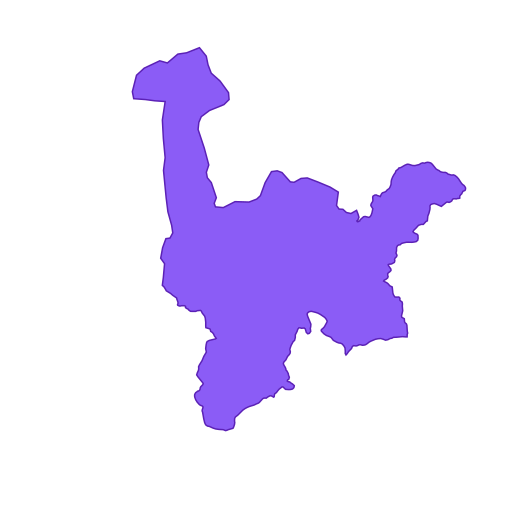 the district of Noyemberyan, Tavush, Armenia, rotated 110°
{"feature_id": "60910142B91893533127348", "entity_name": "Noyemberyan", "entity_type": "district", "adm_level": 2, "iso_a3": "ARM", "parent_name": "Armenia", "parent_adm1": "Tavush", "projection": "natural_earth1", "projection_center": [44.992, 41.129], "detail": "fine", "context": "isolated", "style": "filled", "palette": "violet", "viewbox_px": 512, "rotation_deg": 110, "n_neighbors": 0, "source": "geoboundaries", "source_scale": "gbopen_adm2", "svg_char_len": 6120}
<svg xmlns="http://www.w3.org/2000/svg" viewBox="0 0 512 512"><g transform="rotate(110 256 256)"><path d="M150.0,424.7L146.8,413.4L144.8,404.3L141.9,394.2L160.2,390.5L177.4,383.2L194.7,375.0L207.2,372.2L232.1,360.3L244.6,353.9L256.1,345.7L262.8,342.1L268.6,343.0L270.5,346.6L280.1,346.6L290.7,344.8L294.5,339.3L308.0,335.7L315.6,334.0L316.6,331.7L318.3,329.6L319.4,328.4L320.4,323.4L321.4,320.8L322.6,316.2L323.4,315.8L325.9,313.7L327.0,313.1L328.5,313.1L329.0,312.8L329.2,311.7L329.1,310.4L328.1,308.8L327.2,306.3L327.4,305.0L328.6,304.6L329.0,303.4L329.1,301.8L329.7,300.9L330.4,298.6L328.7,293.8L327.5,292.5L326.1,289.5L326.3,288.8L328.1,286.9L330.0,283.8L331.6,282.5L335.4,280.6L339.0,279.3L340.5,278.6L340.3,274.5L340.7,273.9L342.3,272.8L342.8,270.8L343.8,269.2L345.4,267.7L347.0,265.2L347.8,265.8L351.3,271.0L353.0,272.6L354.1,272.8L356.5,272.5L360.3,271.6L363.3,269.8L368.1,270.7L372.8,270.9L377.5,271.9L379.6,272.1L381.8,271.2L383.4,271.0L385.9,271.2L388.0,271.1L389.5,269.1L393.2,262.9L393.9,262.0L395.1,262.0L397.8,263.2L398.9,263.3L400.4,263.0L401.4,263.1L402.6,263.8L403.0,264.7L404.1,265.2L405.0,265.9L406.5,266.2L407.4,266.2L408.6,265.8L409.8,265.1L411.8,263.4L412.2,262.8L413.3,261.5L414.8,258.8L415.3,257.3L415.3,255.5L415.6,254.5L416.6,254.0L419.2,253.9L420.1,253.6L421.0,252.8L426.9,249.4L430.2,247.2L431.6,245.8L432.1,244.9L432.4,243.3L432.1,241.6L432.4,237.4L432.3,234.7L431.6,231.4L430.4,227.4L430.5,224.9L429.7,223.7L428.7,222.7L425.8,218.7L424.2,218.5L421.6,218.6L419.7,219.0L418.5,219.7L416.0,220.5L414.3,220.3L411.8,218.7L405.4,215.7L403.2,214.2L401.4,212.6L399.7,210.8L396.6,206.7L395.0,205.2L393.6,203.6L392.5,202.8L388.3,201.1L387.3,200.5L386.8,199.8L386.4,199.0L386.1,197.8L384.3,196.6L382.6,195.1L382.2,193.7L382.6,191.1L382.0,190.8L380.3,191.2L378.9,191.2L377.4,190.1L375.3,189.5L373.2,188.7L370.0,186.7L369.9,185.5L370.6,184.1L371.2,182.6L370.3,179.4L369.5,177.6L368.5,176.2L367.1,175.5L366.1,175.4L364.7,175.7L363.7,178.1L363.4,179.7L362.8,181.3L363.1,182.7L362.8,183.9L361.6,183.9L360.5,183.0L358.5,183.2L357.0,184.6L355.4,185.5L353.5,187.6L352.8,188.9L351.5,189.6L350.3,190.8L349.4,192.0L348.2,193.2L347.4,193.6L346.0,193.5L343.4,192.4L339.6,192.0L337.2,191.0L335.7,190.7L334.2,191.0L332.2,192.3L330.3,192.4L327.8,192.4L323.8,191.8L322.1,190.9L319.1,191.2L316.6,192.1L312.7,191.6L310.6,191.7L308.8,191.1L308.4,190.0L308.4,188.7L307.2,186.1L307.6,184.8L310.6,182.6L311.4,180.7L310.4,179.4L308.1,178.8L305.5,180.2L303.8,180.4L301.3,181.1L294.9,186.9L293.1,188.1L292.0,188.1L290.5,187.3L289.7,186.3L289.0,184.9L288.6,180.9L288.5,178.3L288.9,175.5L290.2,170.4L291.1,168.8L292.8,166.8L294.4,166.8L299.1,167.5L301.0,168.3L302.5,169.2L303.4,169.4L304.3,168.8L305.9,165.5L306.6,162.7L306.6,159.3L306.8,157.7L307.7,156.2L308.8,154.5L309.4,150.5L309.4,148.3L309.0,146.8L309.2,144.8L310.7,142.3L312.0,140.9L314.8,139.6L317.1,138.8L318.2,137.6L316.8,137.0L314.1,136.3L310.3,134.6L308.2,134.5L306.9,133.7L306.3,131.2L305.5,130.0L304.3,128.9L303.6,127.4L303.5,125.5L302.8,124.0L301.9,122.7L300.3,121.5L298.3,120.3L296.8,119.0L293.4,115.3L292.0,113.0L290.9,110.6L290.7,107.7L290.8,105.5L289.5,103.4L287.7,101.8L286.8,100.2L285.4,99.0L284.4,96.5L281.7,90.8L280.8,87.6L280.3,86.3L278.0,87.1L276.6,87.1L275.0,88.1L269.5,90.5L268.3,91.5L267.8,93.0L267.0,93.9L264.2,95.2L263.7,98.1L262.5,98.8L257.3,99.4L253.0,101.4L250.9,102.0L249.3,102.9L248.7,104.9L248.2,105.8L246.4,106.3L245.7,107.7L246.7,110.3L247.0,111.5L246.3,112.5L245.3,113.7L244.0,114.7L238.5,117.4L238.2,120.1L236.9,122.4L236.4,123.9L236.2,125.8L235.9,127.5L234.9,127.3L233.6,126.0L231.6,124.8L230.2,124.8L229.1,125.6L227.6,126.2L226.6,125.9L225.1,124.9L223.5,124.2L222.1,124.8L219.7,128.3L218.8,128.8L218.0,127.9L217.5,126.5L216.9,125.7L214.7,123.8L213.0,123.9L211.9,124.6L210.5,124.6L208.6,123.7L207.3,123.7L206.4,124.4L205.4,125.5L203.2,125.7L200.0,126.8L198.0,126.6L196.8,125.7L196.2,124.4L194.4,123.5L193.1,121.7L191.5,119.1L190.6,116.5L189.8,114.2L188.8,112.2L187.7,110.4L185.9,109.4L184.0,109.7L181.1,110.9L180.4,112.2L180.3,114.4L179.9,116.2L179.4,116.8L177.8,116.5L175.1,115.2L171.6,113.8L169.8,111.6L169.1,109.6L165.3,108.0L164.4,107.0L159.7,108.2L156.7,108.1L152.9,108.5L151.0,109.0L149.5,109.7L147.9,109.4L146.7,108.0L145.7,106.4L145.6,103.8L146.0,98.8L140.3,95.4L139.8,94.5L139.6,92.9L138.6,91.8L137.3,90.9L135.5,90.7L134.6,89.8L133.7,87.0L133.0,86.3L132.5,85.0L131.9,84.3L130.7,84.8L129.8,85.0L127.9,84.4L127.4,84.0L124.5,83.7L123.0,82.1L122.3,81.9L121.0,82.1L119.9,82.7L118.6,84.6L118.1,86.4L117.3,87.9L114.2,92.1L113.1,94.1L112.3,96.4L112.2,98.1L113.0,99.7L113.2,100.9L113.2,102.4L113.5,103.3L113.0,104.2L112.7,105.7L112.7,106.9L113.1,107.7L113.5,109.1L113.7,110.9L113.6,112.0L113.1,113.2L113.0,114.8L112.6,116.6L109.5,121.7L108.8,123.5L108.9,125.5L109.3,127.0L110.2,128.4L111.1,129.3L111.5,131.3L112.5,132.6L114.3,134.0L116.7,137.6L117.4,139.9L117.6,144.0L118.1,145.4L119.8,147.2L123.3,150.1L124.5,151.9L125.6,152.1L128.1,153.6L130.1,153.6L132.3,154.2L134.8,154.6L137.1,154.7L138.2,154.7L139.9,154.4L142.5,153.6L145.0,153.6L147.0,153.9L149.0,155.3L150.7,155.9L152.0,157.0L153.2,158.6L154.2,159.2L156.0,159.5L157.2,159.5L157.7,159.6L157.5,160.9L157.7,162.2L157.5,163.8L158.0,165.1L158.8,165.8L159.7,166.5L160.7,166.5L164.0,165.1L165.3,165.1L167.0,165.5L168.1,165.6L169.4,165.3L171.6,162.4L175.7,161.8L178.3,161.8L180.0,162.2L181.1,163.1L181.5,166.8L181.9,167.7L182.4,168.4L186.3,170.5L187.5,170.5L189.0,172.0L189.0,172.7L188.5,173.2L187.6,172.6L184.4,172.5L181.8,174.4L178.7,177.1L183.6,181.3L184.2,185.9L182.4,190.3L183.5,194.0L181.0,197.6L167.8,200.5L165.9,210.0L165.3,222.9L165.1,234.5L167.7,240.2L173.7,245.4L174.6,249.1L168.7,260.1L168.7,265.2L171.4,270.3L183.9,272.5L197.8,272.5L202.3,274.8L207.7,281.0L212.1,294.3L221.7,303.3L223.7,310.9L220.8,313.3L214.8,313.2L202.3,323.1L199.1,328.5L194.3,331.3L186.6,331.5L172.3,341.5L156.9,353.7L150.0,355.4L143.8,355.1L135.2,349.5L124.7,337.9L118.2,334.8L111.9,337.7L103.9,349.6L99.5,360.6L92.7,366.5L85.2,371.1L79.6,380.4L88.8,390.7L93.0,398.5L104.9,405.3L105.5,413.2L117.7,425.3L127.0,430.1L143.9,428.4L150.0,424.7Z" fill="#8b5cf6" stroke="#5b21b6" stroke-width="1.5"/></g></svg>